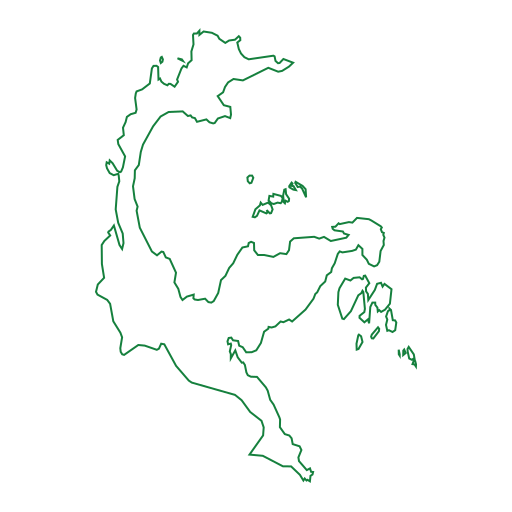 an SVG outline of Sulawesi Tengah
{"feature_id": "IDN-557", "entity_name": "Sulawesi Tengah", "entity_type": "Province", "adm_level": 1, "iso_a3": "IDN", "parent_name": "Indonesia", "parent_adm1": "", "projection": "equal_earth", "projection_center": [121.786, -0.946], "detail": "fine", "context": "isolated", "style": "outline", "palette": "green", "viewbox_px": 512, "rotation_deg": 0, "n_neighbors": 0, "source": "natural_earth", "source_scale": "10m", "svg_char_len": 6066}
<svg xmlns="http://www.w3.org/2000/svg" viewBox="0 0 512 512"><path d="M230.2,118.1L225.0,116.1L217.9,118.5L214.7,123.0L213.2,123.4L209.5,122.3L206.4,119.4L197.0,121.8L194.9,118.1L192.1,117.4L190.6,115.4L187.9,116.0L182.7,111.4L168.6,112.0L160.6,116.5L153.1,126.3L143.0,144.6L140.8,151.9L138.8,165.0L134.9,170.3L134.7,178.3L133.0,186.3L134.6,199.0L137.6,206.6L136.6,210.7L139.8,227.7L151.9,251.5L157.0,255.3L161.5,251.6L163.3,252.0L165.8,257.4L169.7,258.9L176.0,272.7L174.4,282.4L178.3,288.8L180.5,297.0L182.5,300.0L186.9,296.6L193.7,294.6L193.4,298.3L194.7,299.5L198.0,300.0L205.1,298.7L208.4,302.1L211.3,302.6L213.7,301.1L218.2,293.0L221.0,280.1L225.4,275.9L229.2,267.9L233.2,263.3L237.3,254.8L242.4,247.5L248.0,246.3L248.7,243.0L251.1,241.8L254.0,243.0L254.2,250.3L257.9,255.0L264.2,255.0L273.4,256.9L280.1,253.2L286.4,254.1L289.0,250.2L290.1,241.6L293.8,238.3L314.2,236.8L319.2,238.6L324.0,236.9L330.8,241.0L346.3,237.7L348.6,234.9L344.0,233.5L342.9,231.5L334.5,230.3L332.7,228.8L332.2,226.9L335.4,226.7L338.6,223.3L339.7,224.1L348.9,222.1L352.4,222.6L357.0,217.9L368.9,219.2L371.4,220.5L380.8,226.3L381.8,227.5L380.8,229.2L382.0,232.2L383.8,232.9L383.3,234.9L384.5,237.6L383.5,241.0L383.8,245.0L380.6,251.0L379.3,261.7L377.1,265.2L374.1,266.4L368.8,263.8L366.8,259.7L362.4,255.0L362.4,248.9L358.4,245.2L355.9,249.6L352.1,250.9L342.4,252.4L339.7,251.4L337.8,253.9L334.7,263.3L331.9,268.2L331.2,272.0L326.8,275.3L325.2,281.5L320.3,286.1L317.2,292.3L315.3,294.0L313.5,298.7L305.5,309.6L292.1,321.5L289.1,319.5L283.4,322.2L280.6,321.5L275.4,326.4L271.6,327.5L268.6,326.9L268.3,328.7L264.1,331.7L260.9,343.0L256.3,350.3L251.7,352.2L246.2,352.3L242.7,347.2L239.2,345.7L238.1,341.0L233.0,340.3L231.3,337.6L228.7,338.0L227.5,341.3L228.1,344.3L230.8,343.6L231.2,345.1L229.8,351.4L230.8,354.0L230.8,358.4L235.3,350.4L237.7,357.3L241.8,362.7L243.2,362.4L244.9,365.0L246.4,372.4L247.8,375.2L250.9,376.7L257.0,376.9L265.9,387.4L267.7,390.7L270.2,399.8L273.6,404.6L279.4,417.4L280.1,419.5L279.9,427.2L284.8,434.1L289.3,435.5L291.6,438.3L292.7,444.1L299.6,446.3L301.4,450.0L298.4,457.4L299.0,461.1L306.8,470.1L310.0,468.4L311.1,471.8L313.1,472.0L312.5,474.5L310.5,475.8L309.9,481.3L307.5,479.8L306.5,480.5L304.7,478.5L303.4,480.5L299.9,474.8L291.1,466.4L282.9,466.3L262.8,455.8L249.5,454.6L263.1,435.4L263.7,427.4L261.5,420.8L250.2,412.0L241.6,400.2L235.0,394.9L191.8,382.6L188.8,380.6L176.1,365.9L164.3,344.3L161.2,343.7L158.9,348.7L156.8,349.8L144.7,345.6L138.3,345.0L124.1,354.9L122.2,354.3L120.7,351.8L120.3,348.2L122.1,337.3L120.4,332.7L113.3,321.3L110.1,303.8L107.2,299.9L97.5,294.6L96.0,291.8L97.8,284.5L104.1,277.8L101.9,264.0L101.7,245.0L104.4,240.9L110.2,235.5L108.2,232.5L108.5,231.6L110.9,229.9L113.9,225.5L119.5,245.0L122.1,249.0L123.5,243.1L122.7,233.5L118.2,222.8L115.7,209.4L117.4,186.8L119.3,181.3L118.7,175.5L118.2,173.8L113.7,175.2L109.7,173.1L107.0,168.3L106.2,165.1L106.7,162.3L109.2,163.7L109.7,160.4L112.6,163.2L117.2,170.8L119.9,172.2L121.1,171.6L122.9,167.4L125.1,156.4L118.3,144.1L117.7,139.9L123.8,135.2L123.0,127.7L125.6,122.1L126.9,116.9L130.7,114.2L135.6,112.8L136.6,109.5L135.1,98.0L135.8,93.4L136.6,91.4L142.1,89.4L149.8,83.5L151.9,68.4L153.5,65.9L156.5,65.8L158.1,67.0L158.5,79.5L160.0,78.5L161.4,81.6L164.0,83.8L167.4,85.3L168.8,83.8L170.5,83.9L174.6,86.7L178.0,81.8L177.1,79.5L181.5,68.4L183.5,65.8L186.7,67.4L188.1,63.3L191.6,60.2L191.4,51.4L193.5,44.4L193.0,35.0L193.9,33.5L196.9,33.5L199.4,30.7L199.4,34.9L203.6,31.5L211.9,32.8L217.6,35.7L219.3,38.8L225.3,42.9L229.1,40.5L235.0,39.7L238.8,36.2L240.2,37.7L240.3,40.2L237.3,42.5L238.8,49.0L241.0,53.5L244.4,57.2L248.7,59.3L273.4,55.7L274.6,56.4L275.5,60.9L278.0,63.2L279.6,63.0L283.4,59.0L293.1,62.7L289.0,66.6L282.1,70.9L278.2,71.7L268.3,67.8L242.9,80.4L233.5,79.0L228.1,82.4L225.0,87.0L223.1,92.3L217.7,96.1L223.8,105.2L230.3,106.9L231.0,114.6L230.2,118.1ZM384.5,283.9L391.5,289.2L389.9,303.7L385.0,309.7L381.1,311.9L379.2,310.1L377.8,311.4L377.4,307.6L375.3,304.9L375.2,302.6L372.4,302.6L370.3,307.0L369.1,323.3L367.9,319.4L364.4,322.3L359.5,317.8L359.6,315.8L364.3,312.1L364.9,308.9L363.3,291.9L362.5,290.8L361.4,293.1L358.3,295.3L350.9,311.2L343.9,319.1L342.3,318.6L337.8,304.8L338.4,292.1L339.5,288.2L345.2,278.6L350.4,280.5L353.6,277.9L359.6,277.3L362.1,279.3L363.0,278.9L363.8,275.9L365.2,275.6L369.3,283.2L365.9,287.6L366.1,291.4L367.9,293.9L368.3,300.0L374.8,290.0L377.1,283.8L381.0,282.8L382.6,286.6L384.5,283.9ZM395.1,320.4L396.3,322.5L395.2,330.2L392.5,332.0L388.9,330.2L387.3,330.8L386.0,324.9L387.3,319.6L386.1,316.5L387.9,311.2L389.6,310.1L389.5,308.6L391.0,310.0L392.8,320.2L395.1,320.4ZM268.1,202.6L271.1,205.3L272.6,209.4L271.1,213.1L269.9,213.4L266.7,210.1L267.6,212.4L266.4,213.4L259.5,210.4L257.0,215.8L254.9,217.3L252.7,216.8L255.4,209.3L259.9,205.4L260.7,202.6L262.6,204.9L268.1,202.6ZM280.9,195.9L282.7,198.1L281.8,201.9L280.7,203.2L277.6,202.6L273.8,204.0L271.4,203.3L268.6,200.4L269.4,195.9L273.2,196.6L273.4,193.9L280.9,195.9ZM361.1,336.3L362.5,342.0L358.5,349.0L356.7,349.6L356.5,343.7L358.3,335.3L358.9,334.6L361.1,336.3ZM413.8,354.4L414.6,359.1L413.7,358.5L411.9,359.8L409.2,358.5L407.7,351.7L407.5,349.1L408.7,346.9L413.8,354.4ZM288.9,201.0L287.7,201.8L285.6,200.7L284.9,203.3L283.9,202.3L283.1,195.6L284.3,189.7L285.6,189.2L286.1,194.2L289.1,198.7L288.9,201.0ZM378.0,327.3L379.2,328.9L378.9,331.2L373.3,338.5L371.8,338.3L371.1,336.7L371.8,334.6L378.0,327.3ZM305.6,189.2L306.1,197.3L302.1,188.6L300.1,186.6L297.7,187.0L295.2,182.9L295.6,181.8L302.6,185.9L305.6,189.2ZM247.8,181.2L247.4,177.5L249.5,175.6L252.1,175.6L253.3,177.8L251.4,182.8L249.7,183.3L247.8,181.2ZM293.5,186.1L295.9,190.1L293.3,189.6L289.4,187.3L289.2,186.2L291.6,182.6L292.5,183.5L291.6,185.9L293.5,186.1ZM160.8,57.5L161.8,56.9L162.9,59.4L162.4,61.7L160.8,63.0L160.0,60.5L160.8,57.5ZM415.2,361.1L416.0,364.3L415.9,366.5L414.6,364.5L412.5,364.1L413.9,360.3L415.2,361.1ZM404.2,349.5L405.7,353.0L403.2,355.1L403.3,350.6L404.2,349.5ZM177.5,58.3L181.9,59.4L183.0,61.0L177.5,58.3ZM398.7,349.7L399.7,354.3L399.7,355.7L398.8,354.3L398.7,349.7Z" fill="none" stroke="#15803d" stroke-width="2"/></svg>